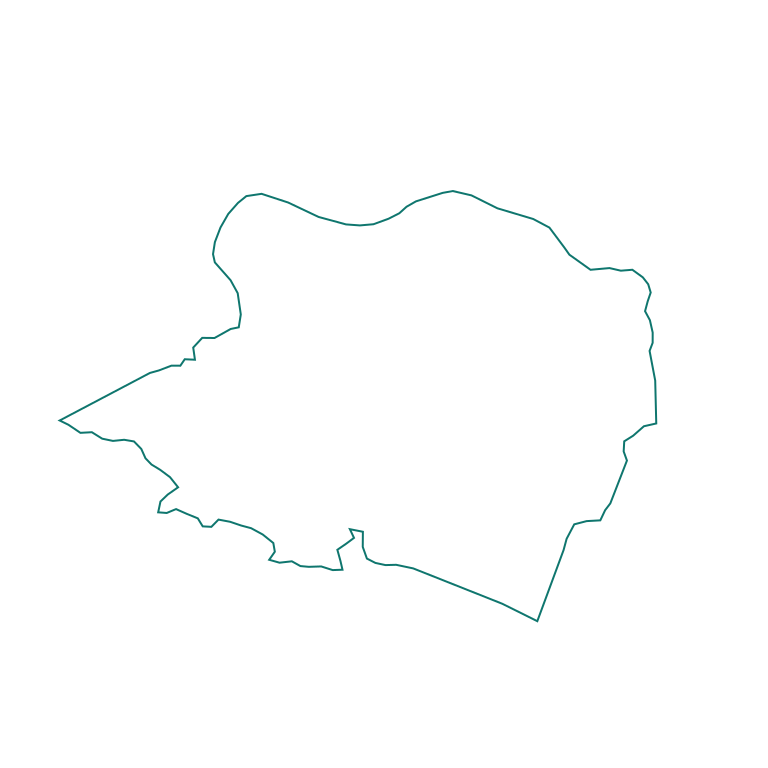 the district of São José da Laje, Alagoas, Brazil, rotated 32°
{"feature_id": "56859067B95823452257681", "entity_name": "São José da Laje", "entity_type": "district", "adm_level": 2, "iso_a3": "BRA", "parent_name": "Brazil", "parent_adm1": "Alagoas", "projection": "albers", "projection_center": [-36.053, -8.988], "detail": "fine", "context": "isolated", "style": "outline", "palette": "teal", "viewbox_px": 768, "rotation_deg": 32, "n_neighbors": 0, "source": "geoboundaries", "source_scale": "gbopen_adm2", "svg_char_len": 1593}
<svg xmlns="http://www.w3.org/2000/svg" viewBox="0 0 768 768"><g transform="rotate(32 384 384)"><path d="M201.9,468.6L201.6,476.4L194.0,481.1L185.9,491.8L179.6,498.7L128.3,586.8L138.0,585.8L152.4,586.3L161.8,579.7L174.0,579.7L184.3,575.9L193.2,569.0L202.4,565.2L212.6,567.7L221.1,573.4L229.5,575.5L239.7,575.4L251.9,576.4L264.1,580.7L259.2,592.3L256.7,602.1L260.5,612.5L268.1,608.5L273.9,600.3L285.8,598.6L297.3,596.6L305.7,600.8L313.3,596.6L315.5,586.7L326.5,582.4L337.9,579.7L347.7,576.7L360.9,575.9L374.4,577.5L380.3,584.1L379.8,593.9L390.1,590.9L399.8,583.2L409.6,582.7L417.1,578.9L427.4,572.0L439.1,569.0L447.2,563.5L440.9,557.2L432.3,549.3L436.6,539.4L440.1,530.4L432.0,525.2L444.4,520.5L452.3,533.4L462.0,541.1L471.5,540.3L481.2,536.8L490.1,530.9L506.5,524.9L600.7,507.7L639.7,503.9L624.3,429.7L620.9,418.5L619.7,402.2L628.5,392.9L639.7,385.0L638.4,373.8L639.2,365.3L630.6,320.2L623.0,314.2L618.1,305.3L622.7,295.8L626.8,282.1L635.8,273.2L612.2,237.4L591.7,215.2L590.0,206.7L584.6,198.0L575.7,189.0L566.8,183.9L563.8,174.1L561.7,165.1L555.2,159.4L547.0,156.4L534.1,155.5L524.8,162.4L513.8,166.2L498.6,177.7L472.7,176.1L464.6,172.7L441.4,163.7L423.1,165.0L387.1,174.9L358.2,177.7L340.1,183.9L332.5,190.8L314.3,212.2L309.2,221.7L306.5,231.1L300.3,241.4L290.4,254.1L279.5,262.3L267.2,268.8L240.0,277.0L206.5,280.9L179.4,287.6L167.7,297.6L164.2,307.8L161.8,322.3L162.4,337.9L165.4,353.3L170.2,364.5L176.1,370.5L198.9,377.3L211.8,384.5L225.7,400.9L230.8,412.9L224.8,418.6L215.9,434.8L205.4,441.2L202.9,454.2L210.8,463.6L201.9,468.6Z" fill="none" stroke="#0f766e" stroke-width="2"/></g></svg>